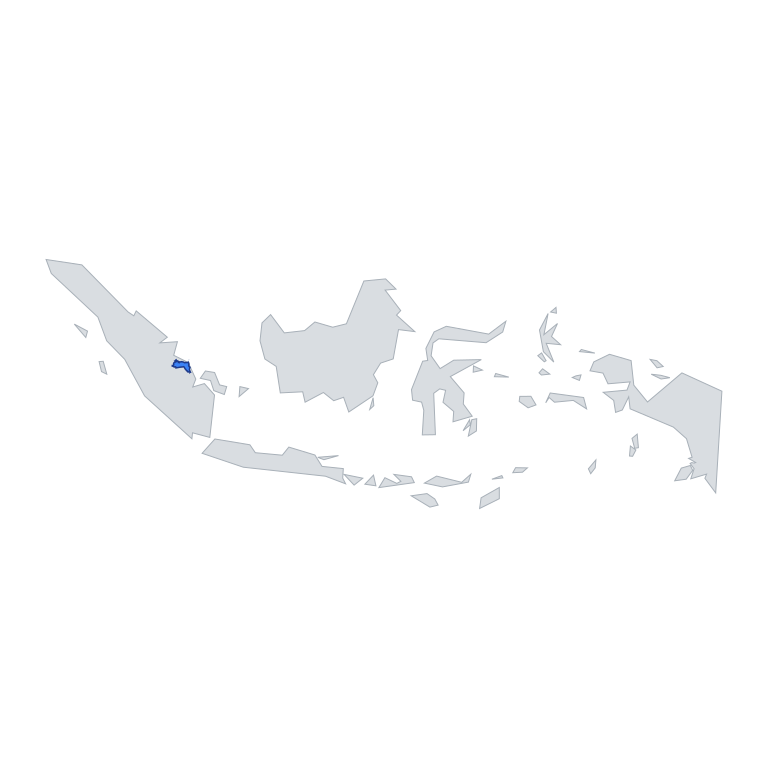 Tanjung Jabung Timur, Jambi, Indonesia (highlighted)
{"feature_id": "22746128B13468366985120", "entity_name": "Tanjung Jabung Timur", "entity_type": "district", "adm_level": 2, "iso_a3": "IDN", "parent_name": "Indonesia", "parent_adm1": "Jambi", "projection": "orthographic", "projection_center": [103.834, -1.266], "detail": "fine", "context": "in_parent", "style": "filled", "palette": "blue", "viewbox_px": 768, "rotation_deg": 0, "n_neighbors": 0, "source": "geoboundaries", "source_scale": "gbopen_adm2", "svg_char_len": 6389}
<svg xmlns="http://www.w3.org/2000/svg" viewBox="0 0 768 768"><path d="M270.6,314.6L284.3,332.9L304.6,330.6L314.9,322.0L332.7,327.2L346.4,323.8L363.9,281.0L385.6,278.9L396.0,289.1L385.1,290.1L400.7,310.6L396.5,315.1L414.8,331.6L398.5,329.6L393.2,358.9L380.6,363.1L373.4,374.7L377.8,382.8L373.0,395.8L348.8,412.0L343.6,397.3L333.7,400.7L323.4,392.5L305.1,402.2L302.7,391.8L280.3,392.9L276.2,366.4L264.9,359.0L260.0,340.8L262.0,322.9L270.6,314.6ZM46.1,259.5L81.9,264.9L128.1,312.0L133.8,315.8L136.2,310.9L167.3,337.2L159.8,342.9L177.4,341.7L173.7,355.3L188.2,362.5L195.8,379.1L192.7,387.0L204.4,383.6L214.5,395.0L209.8,437.4L192.5,432.8L191.9,438.8L144.6,395.9L124.7,359.3L106.7,340.8L97.9,317.1L51.3,273.5L46.1,259.5ZM721.9,391.2L715.7,492.9L704.9,478.3L706.6,474.1L690.8,478.8L694.1,468.7L690.1,463.4L691.7,462.6L694.2,463.1L695.7,462.5L688.6,458.4L692.1,457.3L686.5,438.7L673.4,427.1L630.1,408.8L628.7,396.8L622.3,410.0L615.6,412.4L613.7,400.4L603.2,392.3L627.0,390.1L630.1,381.9L608.0,383.8L603.0,373.1L590.0,370.8L593.8,361.9L609.5,354.3L631.1,360.6L633.8,385.2L647.5,402.0L681.9,372.9L721.9,391.2ZM502.7,332.0L486.1,342.7L438.8,338.8L433.0,342.9L431.1,355.8L440.1,368.6L453.7,360.2L481.3,359.6L450.3,376.6L464.1,392.9L463.3,404.0L472.2,416.2L453.0,421.8L453.7,411.4L443.0,402.3L445.6,390.3L439.7,388.9L433.7,393.3L435.4,434.7L422.3,434.9L423.8,410.3L421.6,402.1L412.6,400.2L411.5,389.6L422.7,361.2L427.7,360.5L425.9,348.4L434.1,331.9L446.3,326.3L488.7,334.1L505.9,321.2L502.7,332.0ZM214.9,439.0L249.9,444.8L255.3,452.7L282.3,455.2L288.8,447.1L314.9,455.0L322.0,466.4L343.3,468.6L342.7,478.1L345.6,483.8L325.5,476.2L243.3,467.2L202.1,453.3L214.9,439.0ZM543.9,334.7L557.5,323.5L551.5,336.5L560.6,344.7L546.2,343.3L553.8,362.1L543.4,351.7L539.5,330.0L548.1,313.5L543.9,334.7ZM550.2,393.0L583.6,397.5L586.6,408.9L573.3,400.4L554.5,402.2L549.1,397.5L545.7,402.8L550.2,393.0ZM468.4,482.1L442.5,486.9L424.4,483.1L436.6,476.1L461.7,482.3L470.8,474.2L468.4,482.1ZM393.9,474.4L411.5,476.8L414.3,482.6L378.9,487.6L384.9,477.7L396.8,483.4L400.9,481.3L393.9,474.4ZM499.3,487.5L499.3,498.7L479.6,508.5L481.1,497.8L499.3,487.5ZM214.6,372.5L219.6,384.9L226.7,386.6L224.3,394.5L213.8,390.6L210.5,380.5L200.3,378.3L205.4,371.0L214.6,372.5ZM686.2,479.2L674.7,480.8L681.3,468.1L690.3,465.5L692.7,470.3L686.2,479.2ZM427.0,493.6L434.8,499.0L438.1,505.1L429.9,507.1L411.2,495.8L427.0,493.6ZM530.9,396.3L536.0,404.9L528.1,407.8L519.2,401.4L519.8,396.4L530.9,396.3ZM344.1,474.4L362.8,478.2L354.1,485.1L344.1,474.4ZM373.5,475.1L375.9,485.8L364.9,484.2L373.5,475.1ZM248.5,388.6L239.1,396.6L239.9,386.6L248.5,388.6ZM637.2,434.1L638.4,447.7L634.7,448.3L632.0,438.4L637.2,434.1ZM338.5,455.6L323.9,459.7L317.8,457.3L338.5,455.6ZM476.7,418.7L476.4,431.0L468.3,436.1L471.8,419.7L476.7,418.7ZM74.3,324.1L87.5,331.1L85.8,337.5L74.3,324.1ZM106.8,374.2L101.5,371.6L99.1,361.6L103.2,361.3L106.8,374.2ZM590.7,473.7L588.4,468.8L595.9,459.9L595.2,467.9L590.7,473.7ZM581.3,349.5L594.9,353.1L579.5,351.6L581.3,349.5ZM495.7,373.5L508.8,377.1L494.4,376.7L495.7,373.5ZM470.3,424.7L463.1,430.7L469.6,419.7L470.3,424.7ZM650.1,359.4L656.9,360.7L663.2,366.5L657.1,367.8L650.1,359.4ZM527.4,467.9L522.5,472.2L512.8,472.7L515.6,467.7L527.4,467.9ZM635.9,450.0L632.6,456.3L629.5,456.0L630.4,446.0L635.9,450.0ZM549.8,374.1L541.4,375.0L539.0,372.8L542.6,368.8L549.8,374.1ZM651.2,374.2L660.8,375.3L669.9,377.7L661.1,379.0L651.2,374.2ZM473.5,365.9L482.4,370.1L473.2,372.2L473.5,365.9ZM556.4,313.2L550.6,312.0L556.0,307.4L556.4,313.2ZM491.9,479.2L501.8,475.6L502.9,477.9L491.9,479.2ZM581.0,374.9L579.4,380.4L572.3,377.5L575.9,375.9L581.0,374.9ZM373.8,405.7L369.7,409.5L373.1,397.7L373.8,405.7ZM541.6,352.9L546.1,360.7L544.3,361.8L537.8,355.7L541.6,352.9Z" fill="#d9dde1" stroke="#a8b0b8" stroke-width="1"/><path d="M190.3,372.5L190.3,372.3L190.2,372.3L190.1,372.1L189.9,371.8L189.8,371.6L189.7,371.1L189.6,370.9L189.6,370.6L189.6,370.4L189.5,370.2L189.4,370.0L189.4,369.5L189.5,369.1L189.6,368.7L189.7,368.3L189.6,368.0L189.7,367.6L189.7,367.2L189.4,366.8L189.5,366.8L189.4,366.7L189.1,366.3L188.8,365.7L188.7,365.3L188.6,365.1L188.7,364.8L188.9,364.8L188.9,364.6L188.9,364.4L188.9,364.1L188.9,363.9L188.8,363.5L188.8,363.4L188.7,363.0L188.6,362.7L188.4,362.5L188.3,362.4L188.2,362.2L188.1,362.4L188.0,362.5L187.9,362.5L187.7,362.6L187.8,362.7L187.7,362.6L187.4,362.6L187.2,362.7L186.9,362.6L186.7,362.6L186.4,362.5L185.9,362.5L185.7,362.4L185.5,362.5L185.4,362.5L185.2,362.7L184.9,362.7L184.6,362.7L184.4,362.6L184.2,362.4L183.9,362.4L183.5,362.2L183.4,362.1L183.2,362.1L182.9,361.9L182.5,361.9L182.1,361.8L181.9,361.8L181.6,361.8L181.4,361.8L181.4,361.7L181.1,361.7L180.9,361.8L180.7,361.9L180.3,362.0L180.1,362.1L180.2,362.4L180.1,362.1L179.5,362.2L179.5,361.9L179.4,361.9L179.2,361.8L178.7,361.8L178.6,362.0L178.7,362.3L178.5,362.2L178.4,362.2L178.4,362.3L178.4,362.2L178.5,362.2L178.5,362.3L178.7,362.2L178.6,361.9L178.6,361.7L178.3,361.3L178.0,361.2L177.8,361.1L177.6,361.2L177.4,361.2L177.2,360.8L176.9,360.7L176.7,360.6L176.5,360.4L176.3,360.2L176.2,360.1L176.1,359.9L176.0,360.0L175.9,360.0L175.7,360.2L175.8,360.2L175.8,360.3L175.7,360.3L175.6,360.5L175.7,360.8L175.6,361.0L175.5,361.3L175.4,361.3L175.5,361.4L175.4,361.4L175.4,361.5L175.5,361.6L175.4,361.6L175.2,361.7L175.3,361.7L175.3,361.8L175.2,361.8L175.1,362.0L175.0,361.9L174.9,362.0L174.6,362.2L174.3,362.4L174.2,362.5L174.0,362.8L173.9,362.9L173.8,363.0L173.7,363.2L173.7,363.3L173.6,363.5L173.6,363.8L173.7,364.5L173.7,365.0L173.3,365.4L173.1,365.5L172.9,365.5L172.7,365.5L172.3,365.5L172.3,366.1L173.0,366.1L173.3,366.4L173.4,366.5L173.6,366.6L173.8,366.7L174.0,366.9L174.4,367.0L174.9,367.0L174.9,366.9L175.3,366.9L175.2,366.8L175.5,366.8L175.6,367.0L175.9,367.1L176.0,367.2L176.0,367.3L176.0,367.9L178.9,367.4L179.3,367.3L180.0,367.2L182.8,366.9L183.4,366.8L183.5,366.8L183.7,366.7L184.0,367.0L184.3,367.3L184.4,367.5L184.8,368.3L185.0,368.5L185.1,368.8L185.3,369.1L185.5,369.2L185.5,369.3L185.7,369.5L185.8,369.6L186.4,370.4L186.5,370.6L187.0,370.7L187.1,370.8L187.2,371.0L187.3,371.2L187.4,371.5L187.6,371.6L187.7,371.8L187.9,371.9L188.1,372.0L188.4,371.9L188.6,371.9L188.9,371.8L189.0,371.8L189.3,371.8L189.5,371.9L189.7,372.0L189.8,372.0L190.0,372.2L189.9,372.2L190.0,372.2L190.0,372.3L190.1,372.2L190.1,372.3L190.1,372.2L190.1,372.3L190.3,372.4L190.3,372.5L190.3,372.5ZM188.9,359.8L188.9,359.7L188.9,359.8Z" fill="#3b82f6" stroke="#1e3a8a" stroke-width="1.5"/></svg>